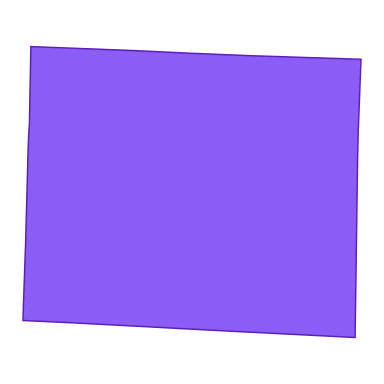 outline of Guilford, North Carolina, United States of America
{"feature_id": "52423323B75500493210020", "entity_name": "Guilford", "entity_type": "district", "adm_level": 2, "iso_a3": "USA", "parent_name": "United States of America", "parent_adm1": "North Carolina", "projection": "natural_earth1", "projection_center": [-79.836, 36.079], "detail": "fine", "context": "isolated", "style": "filled", "palette": "violet", "viewbox_px": 384, "rotation_deg": 0, "n_neighbors": 0, "source": "geoboundaries", "source_scale": "gbopen_adm2", "svg_char_len": 536}
<svg xmlns="http://www.w3.org/2000/svg" viewBox="0 0 384 384"><path d="M355.1,337.5L357.6,158.0L357.6,157.4L358.1,136.8L358.2,132.3L361.0,59.3L250.6,55.7L218.5,54.4L218.3,54.4L218.2,54.4L197.7,53.5L195.8,53.5L141.0,50.9L31.4,46.6L30.9,46.5L29.4,124.1L28.8,132.3L28.7,134.2L28.6,136.7L28.2,146.7L25.5,247.2L25.2,253.6L25.2,254.9L23.9,291.9L23.6,300.3L23.4,305.0L23.4,307.0L23.0,320.5L72.1,322.8L77.3,323.1L79.3,323.2L209.4,330.1L242.4,331.8L317.9,335.6L318.0,335.6L355.1,337.5Z" fill="#8b5cf6" stroke="#5b21b6" stroke-width="1.5"/></svg>